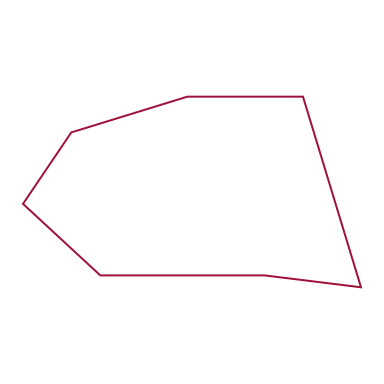 the border of Mdina
{"feature_id": "MLT-5921", "entity_name": "Mdina", "entity_type": "state/province", "adm_level": 1, "iso_a3": "MLT", "parent_name": "Malta", "parent_adm1": "", "projection": "orthographic", "projection_center": [14.407, 35.882], "detail": "fine", "context": "isolated", "style": "outline", "palette": "rose", "viewbox_px": 384, "rotation_deg": 0, "n_neighbors": 0, "source": "natural_earth", "source_scale": "10m", "svg_char_len": 218}
<svg xmlns="http://www.w3.org/2000/svg" viewBox="0 0 384 384"><path d="M23.0,203.9L71.3,132.4L187.2,96.7L303.0,96.7L361.0,287.3L264.4,275.4L100.3,275.4L23.0,203.9Z" fill="none" stroke="#9f1239" stroke-width="2"/></svg>